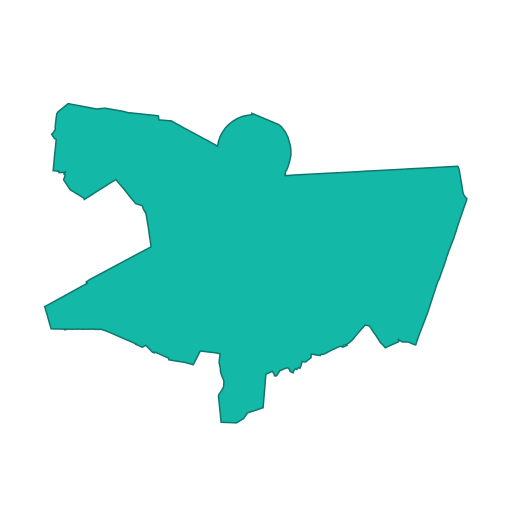 Ecatepec de Morelos, México, Mexico (Albers equal-area conic projection), rotated 266°
{"feature_id": "50627088B37920296364691", "entity_name": "Ecatepec de Morelos", "entity_type": "district", "adm_level": 2, "iso_a3": "MEX", "parent_name": "Mexico", "parent_adm1": "México", "projection": "albers", "projection_center": [-99.051, 19.572], "detail": "fine", "context": "isolated", "style": "filled", "palette": "teal", "viewbox_px": 512, "rotation_deg": 266, "n_neighbors": 0, "source": "geoboundaries", "source_scale": "gbopen_adm2", "svg_char_len": 6042}
<svg xmlns="http://www.w3.org/2000/svg" viewBox="0 0 512 512"><g transform="rotate(266 256 256)"><path d="M104.1,252.5L137.3,257.6L139.8,264.2L138.6,264.9L138.2,265.2L137.8,265.4L135.1,266.3L135.0,266.6L135.0,267.0L134.9,267.5L135.1,267.9L135.2,268.2L135.5,268.5L135.8,268.6L136.0,268.8L136.4,269.2L136.8,269.5L137.1,269.7L137.4,269.9L137.7,270.2L138.1,270.5L139.0,271.2L139.6,271.6L140.0,271.8L140.2,272.7L140.3,273.2L140.6,274.1L140.9,274.8L141.5,276.3L141.9,277.7L142.2,278.8L142.2,279.4L142.1,279.8L141.5,280.8L140.7,281.3L139.8,281.6L138.4,282.0L136.9,284.9L138.6,285.6L139.4,285.9L140.7,287.7L139.9,288.8L140.5,289.3L141.4,290.2L141.7,290.5L140.9,292.0L142.9,293.0L145.8,294.1L147.5,294.5L146.8,297.5L147.0,298.6L148.1,299.9L148.7,300.7L149.3,301.8L150.7,303.8L154.3,304.3L154.2,304.7L153.7,306.7L152.7,310.5L152.2,313.3L153.0,313.7L153.3,313.9L153.4,314.2L153.4,315.3L153.5,317.5L154.5,319.7L156.6,324.3L159.1,330.8L159.7,332.5L160.0,334.2L159.7,335.0L159.1,336.1L160.4,336.7L159.3,337.2L160.5,340.3L161.2,339.2L161.8,340.9L162.1,341.5L162.5,342.2L163.4,343.4L163.9,344.2L165.8,346.6L166.6,347.3L168.8,349.3L169.6,350.1L170.7,351.1L172.6,353.0L174.2,354.7L176.9,357.2L176.8,357.4L179.0,359.5L179.6,359.9L179.0,361.9L178.2,364.3L173.9,366.8L170.8,368.5L168.8,369.8L166.5,371.1L164.9,372.0L163.1,372.9L160.8,374.2L160.1,374.8L157.9,376.8L156.6,377.7L155.4,378.5L156.0,380.0L160.5,392.3L161.2,392.6L162.3,392.5L163.0,392.1L163.5,391.8L162.9,392.5L160.8,394.8L160.4,395.2L160.3,395.6L160.0,396.3L159.7,400.0L159.6,400.9L159.5,401.6L159.4,402.3L157.9,405.1L157.1,406.6L156.1,409.1L156.4,409.3L158.5,410.0L167.6,414.0L181.0,420.3L185.0,422.1L186.5,422.9L205.1,430.4L217.4,435.4L220.7,437.4L221.7,437.8L222.5,438.1L224.0,438.8L225.7,439.5L228.6,440.8L229.7,441.2L233.8,443.1L235.3,443.7L236.2,444.0L237.0,444.4L237.7,444.6L239.2,445.3L241.2,445.9L244.5,447.4L245.8,448.0L246.7,448.3L249.7,449.7L251.3,450.5L253.6,451.5L254.5,452.0L255.8,452.5L257.8,453.5L258.6,454.0L259.8,454.5L262.9,455.7L265.3,456.7L269.0,458.2L270.8,458.8L272.2,459.4L273.7,460.0L275.8,460.9L285.9,465.2L290.5,467.1L297.0,470.0L298.7,470.3L299.6,469.3L300.1,469.0L300.7,468.5L301.3,468.2L302.1,467.8L302.9,467.4L303.8,467.2L304.5,467.0L305.3,466.9L306.3,466.7L307.1,466.7L309.6,466.5L313.2,466.2L315.0,466.0L327.8,464.7L330.0,464.1L331.5,463.5L331.5,460.9L331.5,460.0L331.6,454.6L331.9,434.4L332.0,432.6L332.0,428.3L332.3,415.3L332.3,410.2L332.8,379.3L333.0,372.4L333.0,363.6L333.2,352.7L333.4,340.6L333.7,326.3L333.9,313.5L334.1,302.3L334.1,294.1L334.2,290.4L335.3,290.9L337.5,291.1L338.6,291.8L339.7,292.6L340.7,293.1L341.8,293.7L346.8,295.7L350.3,296.8L354.2,297.9L360.5,298.2L364.9,297.7L372.1,296.2L377.9,293.8L381.8,291.2L383.3,290.2L385.6,287.7L396.9,265.3L397.0,265.3L398.6,261.8L397.2,261.8L397.0,257.9L396.3,252.5L394.6,247.3L392.2,242.5L389.0,237.8L386.2,234.7L381.2,230.7L377.8,228.6L372.7,226.5L368.3,225.3L371.6,220.2L374.7,215.5L376.0,213.3L376.8,211.9L379.4,208.0L379.7,207.4L380.5,206.2L381.4,204.8L381.7,204.3L382.1,203.8L382.8,202.6L383.8,201.0L384.3,200.1L384.9,199.2L387.1,195.7L388.9,192.9L391.2,189.4L391.8,188.6L392.2,187.9L394.0,185.0L395.8,182.3L397.0,180.4L396.8,180.1L396.9,179.8L397.1,178.2L397.3,176.9L397.4,176.2L397.5,175.6L397.7,174.5L398.0,172.3L398.5,168.7L399.3,168.7L399.7,168.6L400.9,168.5L401.6,168.5L402.6,168.4L403.4,164.4L404.0,161.1L404.1,160.5L404.5,158.0L406.0,149.9L406.8,145.0L407.1,143.5L407.2,143.0L407.4,141.6L407.7,140.1L407.7,139.4L407.8,138.6L408.4,137.0L409.7,133.2L414.0,115.7L413.8,107.2L421.1,79.2L413.8,68.8L411.9,67.2L406.4,66.0L398.3,64.6L397.9,64.6L395.9,64.7L395.7,64.5L395.3,64.0L394.0,62.9L392.4,61.6L392.0,61.1L391.7,60.6L389.4,61.9L387.5,63.1L387.1,63.4L386.8,64.0L386.5,64.6L386.1,64.9L383.9,64.4L377.7,63.4L368.9,61.8L361.9,60.7L355.3,59.6L354.2,65.3L352.9,65.3L352.8,68.8L353.0,70.2L353.2,71.8L352.9,71.7L351.3,70.1L349.8,71.3L345.7,69.4L345.3,69.5L344.7,69.8L343.5,70.5L335.1,75.2L332.1,79.5L330.6,81.5L329.2,83.5L327.7,85.6L326.1,87.9L324.3,88.7L325.2,90.2L325.6,91.0L326.2,92.0L326.8,93.3L327.7,94.9L328.8,97.0L332.0,102.7L335.3,108.9L337.9,113.6L340.4,118.4L341.0,119.8L342.1,121.5L340.1,122.9L339.9,123.0L333.0,128.2L323.6,134.6L323.4,134.7L316.6,139.7L314.5,145.1L314.1,146.0L311.3,146.7L310.8,146.9L307.5,148.4L307.6,149.0L303.1,149.5L298.3,150.0L297.4,150.0L292.6,150.5L291.4,150.6L282.5,151.2L272.5,152.0L268.6,143.3L267.2,140.1L266.6,138.7L244.4,89.1L242.0,84.8L240.6,85.8L220.4,42.1L220.3,41.7L217.8,42.2L211.5,43.6L207.2,44.5L206.0,44.7L205.4,45.0L205.2,44.9L197.7,46.5L197.3,49.5L196.9,54.7L196.5,58.6L196.5,60.3L196.4,60.2L195.8,60.1L195.9,60.5L196.2,61.0L196.1,61.3L195.9,61.5L195.9,61.8L195.9,62.3L195.9,62.5L196.0,62.6L196.2,62.4L196.2,63.7L195.8,67.0L195.3,75.9L195.1,77.0L194.4,88.5L194.6,88.9L194.2,89.2L193.9,92.0L193.6,96.6L193.4,96.9L193.3,97.6L193.2,97.8L193.0,98.0L192.0,100.5L191.1,102.5L189.0,106.6L182.1,119.7L181.6,120.5L181.2,121.4L181.1,122.3L180.8,122.3L180.6,122.7L180.1,123.7L179.1,125.5L177.2,129.2L176.8,130.0L176.3,129.8L175.6,131.2L173.1,135.8L172.9,136.2L173.4,137.2L174.6,139.6L174.3,140.0L167.4,145.9L167.1,146.3L167.0,146.5L167.1,147.1L166.7,147.3L166.5,147.5L166.4,147.9L166.8,148.2L167.2,148.5L166.4,150.1L165.6,151.4L165.3,152.3L163.4,155.7L161.6,159.1L160.7,160.9L160.2,161.6L159.6,161.6L158.5,161.9L158.2,163.2L157.7,165.1L154.9,177.3L154.5,178.6L154.0,180.0L151.9,185.8L165.1,193.8L162.2,209.1L161.0,213.3L158.0,212.8L156.9,212.6L156.2,212.5L154.9,212.1L154.3,212.0L153.3,212.0L152.3,211.8L151.7,211.7L150.5,212.0L149.8,212.1L148.9,212.2L147.9,212.4L146.2,212.6L145.3,212.6L144.5,212.6L143.9,212.5L142.8,212.5L141.9,212.8L140.8,213.0L139.8,213.2L138.9,213.5L137.6,213.9L137.0,214.1L135.2,214.8L133.9,215.1L133.4,215.2L132.9,215.2L131.6,215.1L130.4,214.8L129.0,214.7L128.3,214.6L127.6,214.4L126.9,214.0L125.8,213.3L124.5,212.5L123.4,211.6L122.7,211.2L121.7,210.4L121.1,209.9L120.2,209.2L119.7,209.0L119.1,208.8L92.5,209.6L92.5,210.0L90.9,225.0L94.8,232.4L100.0,236.5L103.9,251.4L104.1,252.5Z" fill="#14b8a6" stroke="#0f766e" stroke-width="1.5"/></g></svg>